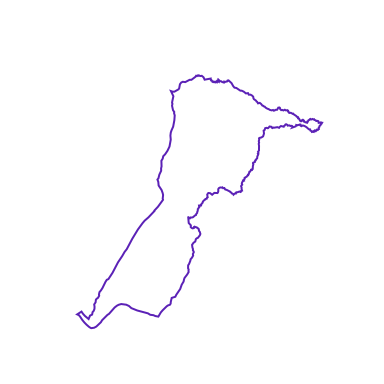 San Sebastian De Buenavista, Magdalena, Colombia (Natural Earth projection), rotated 344°
{"feature_id": "7082276B86885648349086", "entity_name": "San Sebastian De Buenavista", "entity_type": "district", "adm_level": 2, "iso_a3": "COL", "parent_name": "Colombia", "parent_adm1": "Magdalena", "projection": "natural_earth1", "projection_center": [-74.12, 9.349], "detail": "fine", "context": "isolated", "style": "outline", "palette": "violet", "viewbox_px": 384, "rotation_deg": 344, "n_neighbors": 0, "source": "geoboundaries", "source_scale": "gbopen_adm2", "svg_char_len": 6057}
<svg xmlns="http://www.w3.org/2000/svg" viewBox="0 0 384 384"><g transform="rotate(344 192 192)"><path d="M62.9,295.0L68.5,292.1L70.2,290.5L76.9,286.8L78.6,286.3L85.8,281.7L88.5,280.6L90.4,280.2L93.1,280.2L97.7,282.2L100.0,284.2L101.7,286.9L106.7,290.8L116.2,296.5L118.0,298.5L121.0,299.8L122.5,301.1L125.3,302.5L128.9,299.1L131.2,297.6L136.2,294.9L137.7,294.4L139.7,294.3L140.7,293.4L141.3,291.8L143.3,288.2L147.1,288.1L148.5,286.5L153.9,282.0L156.6,278.2L159.2,275.8L160.2,273.9L161.1,272.6L164.6,270.0L166.7,268.0L166.9,266.8L167.4,265.6L167.2,264.2L168.1,261.4L169.3,260.4L171.4,257.7L172.1,256.3L173.9,255.1L175.6,253.4L175.7,251.9L177.1,250.4L177.2,249.6L176.8,248.3L177.2,247.1L177.1,245.5L177.5,242.8L179.5,241.2L181.5,240.5L182.7,238.4L183.8,237.8L185.0,237.7L187.6,235.8L188.5,234.6L188.5,232.4L188.1,231.6L188.1,230.1L188.3,229.6L187.4,228.0L187.0,227.8L186.7,227.2L185.9,226.9L184.9,226.0L184.2,226.2L183.8,227.2L182.5,227.1L181.9,226.6L181.1,225.4L181.7,223.7L180.3,220.9L181.4,215.3L181.7,215.3L182.2,216.6L182.7,216.8L183.6,216.1L184.8,216.5L186.0,216.5L188.6,215.3L189.5,215.2L189.9,214.4L191.2,213.5L191.6,212.5L192.3,211.7L192.9,210.0L193.6,209.7L194.2,208.8L194.8,208.6L195.0,207.0L195.6,207.2L196.2,207.0L196.4,207.5L197.0,207.5L197.8,206.1L199.3,205.2L199.8,204.2L201.5,203.2L202.7,202.9L203.0,202.4L204.3,202.5L204.9,201.5L205.6,201.4L205.9,198.7L207.1,197.6L207.6,197.5L209.2,198.2L210.6,200.2L213.2,199.0L216.1,200.0L216.7,199.7L217.5,198.5L218.0,196.5L218.9,195.7L220.4,195.4L221.8,196.0L222.5,195.9L222.9,196.9L224.2,197.1L224.6,198.7L226.0,199.6L228.9,202.3L228.9,202.8L229.7,203.6L230.0,204.5L231.1,205.3L231.2,206.0L232.6,205.3L233.8,205.5L234.0,204.8L234.5,204.5L235.7,204.8L237.7,204.6L238.6,205.4L239.0,205.3L239.3,204.6L240.5,204.5L240.5,202.7L240.9,201.5L240.8,200.0L241.1,199.5L242.3,198.8L242.2,197.6L242.8,196.6L243.9,195.6L244.8,195.5L244.5,194.8L245.8,194.4L246.4,193.0L247.0,193.0L247.3,192.6L248.7,192.4L250.2,191.2L250.5,191.3L250.6,190.9L250.9,191.0L251.6,190.3L252.7,188.4L253.3,188.5L254.6,187.3L255.3,187.4L255.2,186.8L256.7,186.6L257.7,183.8L258.6,182.3L258.5,181.3L258.8,180.7L260.7,180.5L261.0,179.6L261.6,179.4L261.9,178.8L262.3,178.8L262.6,178.3L263.9,177.6L264.6,175.8L266.0,174.2L265.9,173.4L266.4,173.3L266.7,172.6L266.5,171.6L267.8,170.6L269.2,166.0L269.4,164.1L270.1,163.1L270.2,161.5L271.1,160.1L271.2,158.9L271.7,158.6L273.8,158.7L275.7,158.1L277.3,155.7L277.8,152.7L278.9,152.4L280.0,150.8L281.5,150.9L282.4,151.6L282.8,151.6L284.6,150.4L286.3,151.2L286.4,152.1L286.9,152.7L287.8,152.4L288.4,152.8L291.9,153.2L293.4,154.3L294.1,153.7L295.7,153.1L298.1,154.5L298.4,154.0L299.5,153.7L300.4,152.9L301.1,152.8L302.0,153.6L302.3,154.6L303.8,154.7L304.8,155.7L305.4,155.6L306.4,156.1L306.9,157.1L306.2,157.7L309.7,157.5L310.4,157.0L310.7,156.3L311.8,157.0L312.4,156.8L313.7,157.0L314.5,156.8L315.0,157.2L315.0,157.8L314.7,158.2L314.9,158.5L315.3,158.9L316.9,158.6L318.4,159.6L319.9,161.2L321.6,163.9L322.8,164.4L322.7,165.5L323.8,166.6L323.8,167.2L324.5,167.1L324.4,167.4L324.9,167.6L325.5,167.3L325.8,167.7L326.7,166.8L327.0,167.2L327.3,167.0L327.6,167.4L327.9,167.0L328.5,167.3L329.1,166.5L330.1,167.0L330.7,166.3L331.3,166.4L331.6,165.0L332.1,164.9L333.0,163.5L333.8,163.3L334.5,162.6L334.6,162.0L335.3,162.1L336.1,161.3L335.6,161.1L335.2,160.6L332.8,160.4L332.9,158.7L332.2,158.2L331.0,158.0L330.6,157.1L329.6,156.5L329.4,155.7L328.7,155.7L327.9,155.0L326.8,155.2L326.1,154.9L325.9,154.4L325.3,154.5L324.9,155.0L323.8,155.1L323.2,155.8L322.4,156.0L322.4,156.6L321.8,157.2L320.0,156.1L319.6,155.4L319.1,155.2L319.2,154.5L318.7,154.3L318.9,153.6L318.5,153.1L316.7,153.5L316.5,154.1L316.3,154.1L315.5,153.3L315.2,151.3L314.3,150.5L314.7,149.9L314.6,149.3L313.4,148.5L313.3,147.8L311.2,145.4L310.9,144.6L310.2,144.6L309.7,143.9L308.8,143.1L307.3,142.8L307.3,142.2L306.5,141.2L306.8,140.3L306.2,139.6L304.8,139.5L303.9,138.5L302.3,138.8L301.4,138.0L300.3,137.9L299.6,136.5L299.7,135.4L299.4,134.9L298.2,134.7L296.5,136.4L294.7,136.0L294.0,136.4L293.3,136.4L292.9,136.3L292.5,135.5L291.1,135.5L289.4,134.5L288.4,133.3L287.5,132.8L286.0,131.2L285.5,130.1L284.8,129.7L284.3,128.8L283.5,128.4L282.7,126.4L281.7,125.0L279.9,125.0L279.5,123.3L279.0,122.9L278.7,121.8L277.1,119.8L276.9,118.9L277.1,117.2L276.2,115.7L275.1,114.6L273.4,114.1L273.1,112.4L271.0,112.1L269.4,109.8L267.7,108.3L266.4,107.9L263.3,104.2L261.6,103.4L260.8,101.6L260.0,98.2L257.9,94.8L257.5,94.6L256.9,94.7L256.8,95.2L256.4,95.4L254.4,95.3L253.5,94.8L253.3,95.6L253.0,95.7L251.2,94.5L250.7,93.7L249.6,93.3L248.8,92.0L248.7,92.5L248.4,92.3L248.3,92.7L247.9,91.9L247.7,92.4L246.8,92.1L246.6,92.7L246.8,93.1L246.1,92.9L246.2,93.2L246.1,93.4L244.8,92.4L244.4,92.8L244.2,92.4L243.6,92.4L243.3,92.0L242.6,92.2L242.2,91.8L242.4,91.6L242.3,91.2L241.9,91.1L241.6,90.1L241.1,90.0L241.0,89.5L241.3,89.2L241.0,88.7L241.2,88.1L235.1,87.5L234.7,84.9L233.4,83.0L231.8,82.8L230.7,81.7L229.7,82.1L229.3,81.5L228.2,81.8L227.9,81.5L227.1,82.2L222.4,84.0L220.6,83.5L215.8,84.5L213.5,83.5L211.8,83.8L210.1,85.1L208.2,88.9L207.3,89.6L202.8,90.7L201.2,90.3L199.6,89.2L200.5,94.8L198.0,99.5L197.4,100.8L197.5,101.9L196.6,103.5L196.3,108.1L197.0,110.2L196.5,111.2L196.5,113.6L194.8,118.2L191.9,124.0L189.3,127.1L188.0,129.0L186.8,131.8L186.0,135.8L182.9,142.1L179.8,145.6L176.6,148.3L174.2,149.7L173.0,151.9L171.2,153.5L169.8,159.0L168.8,160.8L168.2,163.1L165.4,166.3L163.5,169.6L162.2,170.5L162.4,172.9L161.7,176.6L163.3,181.7L163.5,184.8L163.4,186.9L162.0,190.3L162.0,191.5L155.2,196.8L150.7,199.5L150.7,199.9L143.1,204.4L138.6,206.5L135.9,208.3L129.7,213.1L121.7,220.5L113.5,229.0L110.7,231.0L107.3,234.3L101.5,239.2L93.3,247.8L87.6,252.7L85.9,252.9L84.1,254.5L79.4,259.7L77.2,261.6L75.5,262.7L74.3,264.9L74.2,266.1L72.5,267.8L70.8,268.4L69.9,269.1L68.9,271.5L67.0,273.1L66.7,275.4L66.0,277.5L64.7,279.2L63.3,280.1L62.2,282.3L59.9,282.7L57.6,285.6L54.9,281.6L53.6,278.9L52.8,276.5L47.9,278.0L49.3,279.2L50.0,280.7L51.3,284.8L52.6,287.8L54.0,290.4L55.8,293.2L57.0,294.6L57.6,295.1L60.5,295.5L62.9,295.0Z" fill="none" stroke="#5b21b6" stroke-width="2"/></g></svg>